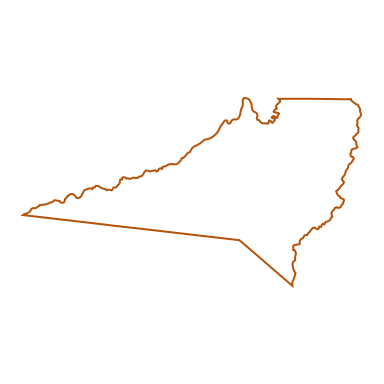 outline of Envira, Amazonas, Brazil
{"feature_id": "56859067B30113136675295", "entity_name": "Envira", "entity_type": "district", "adm_level": 2, "iso_a3": "BRA", "parent_name": "Brazil", "parent_adm1": "Amazonas", "projection": "mercator", "projection_center": [-70.098, -7.617], "detail": "fine", "context": "isolated", "style": "outline", "palette": "amber", "viewbox_px": 384, "rotation_deg": 0, "n_neighbors": 0, "source": "geoboundaries", "source_scale": "gbopen_adm2", "svg_char_len": 5465}
<svg xmlns="http://www.w3.org/2000/svg" viewBox="0 0 384 384"><path d="M292.4,285.9L292.3,283.3L292.5,281.6L293.3,280.2L294.5,276.8L295.1,274.7L295.5,272.6L294.4,271.4L293.7,269.8L293.1,268.1L292.9,266.4L292.5,264.6L292.7,262.7L293.8,261.3L295.1,260.3L295.0,258.5L295.5,255.2L296.0,253.6L295.5,251.8L294.7,250.3L293.1,249.9L293.3,248.0L293.2,246.3L294.4,245.0L296.1,244.8L299.6,244.1L299.7,241.4L300.4,239.8L301.6,238.7L303.1,238.1L304.5,235.3L307.3,235.0L308.0,233.4L309.3,232.3L310.4,230.8L312.7,228.0L314.4,227.6L317.5,229.3L318.9,228.1L319.3,226.5L321.0,226.9L321.7,225.3L322.8,223.7L324.4,224.4L324.9,222.8L326.2,221.8L327.8,221.3L329.4,220.6L330.5,219.3L331.0,217.8L332.3,216.8L331.8,215.2L331.4,213.3L332.1,211.8L333.0,210.4L334.3,209.2L334.9,207.9L336.6,207.2L338.0,208.0L339.7,207.6L341.0,206.7L341.5,204.9L342.9,203.8L343.2,202.3L344.0,200.8L343.7,199.2L340.3,197.9L339.8,196.4L338.3,195.5L337.3,194.2L336.9,193.3L336.6,192.6L336.2,191.0L337.9,190.1L338.9,188.9L339.8,187.5L340.8,186.3L343.3,183.7L344.0,182.1L342.9,180.9L341.9,179.4L342.3,177.8L344.5,175.1L345.2,173.5L345.6,171.7L346.2,170.2L347.4,168.9L348.2,166.8L348.6,165.0L349.7,163.9L351.2,163.0L352.1,161.6L352.9,160.0L353.8,158.6L353.1,157.1L351.5,156.8L350.5,155.5L350.4,153.9L351.3,152.3L351.3,150.6L352.2,149.2L353.8,148.9L356.1,148.2L357.5,147.2L356.2,144.2L356.3,142.5L355.1,140.5L353.8,139.3L353.1,137.8L354.0,136.4L355.7,135.3L356.6,133.9L357.9,133.1L358.5,131.5L358.2,129.8L358.7,128.2L357.9,126.8L356.8,125.5L357.5,124.0L357.4,122.3L357.2,120.7L357.9,119.1L359.2,117.9L360.3,116.6L361.0,115.0L360.8,113.3L360.1,111.8L360.0,109.0L359.4,107.5L357.5,104.6L355.5,103.9L351.2,100.4L351.0,99.1L345.5,99.3L339.4,99.2L320.2,98.9L308.6,98.8L278.3,98.8L279.0,99.6L279.9,100.2L280.2,101.2L279.7,102.3L279.1,102.6L278.4,103.2L277.8,103.9L277.2,104.3L276.6,105.1L276.1,106.1L275.9,106.9L276.6,107.8L276.8,108.6L276.1,109.1L275.3,109.4L274.6,110.0L274.0,110.8L273.6,111.5L273.9,112.2L274.8,112.3L275.6,112.3L276.4,112.6L277.5,113.0L278.4,113.1L278.9,113.5L278.8,114.3L278.2,114.9L277.6,115.5L277.5,116.7L277.4,117.6L276.5,117.8L275.8,117.3L275.0,116.7L274.0,116.2L272.9,116.2L272.2,116.7L271.8,117.6L272.3,118.1L273.1,118.3L273.8,118.4L274.5,118.7L275.0,119.5L274.6,120.4L273.8,121.3L273.2,122.1L272.6,122.8L271.8,122.6L271.3,121.9L270.9,121.3L270.4,120.7L269.6,120.4L269.0,120.7L268.6,121.4L268.7,122.2L268.7,123.2L267.9,123.6L267.4,123.7L266.7,123.6L266.1,123.3L263.3,123.4L261.7,123.1L260.2,121.6L259.2,120.2L257.4,119.8L256.7,118.3L257.3,116.8L257.5,114.9L256.7,113.3L255.3,112.1L253.5,111.5L252.5,110.1L251.6,106.2L251.6,104.5L251.3,103.6L250.9,102.7L250.6,102.1L250.1,101.3L249.8,100.7L249.4,100.0L248.9,99.4L248.1,98.9L247.3,98.5L246.5,98.3L245.4,98.1L244.6,98.2L243.6,98.3L243.1,99.0L242.9,99.6L242.8,100.5L242.7,101.6L242.7,102.3L242.8,103.4L242.8,104.6L242.6,106.0L242.3,106.8L242.0,107.3L241.7,108.0L241.4,108.8L241.1,109.5L240.6,111.5L240.5,112.7L240.3,113.8L240.1,114.6L239.8,115.4L239.5,116.2L239.3,116.9L238.8,117.6L238.2,118.3L237.6,118.8L237.0,119.3L236.3,119.5L235.2,119.4L234.1,119.4L232.9,119.7L231.9,120.4L231.2,121.3L230.9,122.2L230.5,122.7L229.8,123.3L229.0,123.7L228.2,123.4L227.7,122.8L227.4,122.1L227.4,121.2L226.7,120.5L225.8,120.3L225.0,120.6L224.2,121.2L223.8,121.8L223.3,122.6L222.7,123.5L222.2,124.1L221.4,125.2L220.9,125.9L220.3,126.8L219.8,127.8L218.5,130.5L218.1,131.3L217.7,132.0L217.3,132.5L216.9,133.0L216.4,133.5L215.7,134.2L215.1,134.8L214.4,135.3L213.6,136.1L212.8,136.7L212.1,137.1L211.5,137.5L210.9,137.9L210.1,138.3L208.9,138.8L207.8,139.1L206.8,139.2L206.0,139.4L205.2,139.6L204.4,139.9L203.8,140.4L203.1,141.0L202.4,141.6L201.8,142.0L201.2,142.5L200.7,142.8L200.0,143.5L198.9,144.0L198.2,144.5L197.6,144.8L197.0,145.2L196.4,145.5L195.1,146.1L194.3,146.4L192.7,147.6L191.6,148.9L189.9,152.0L188.2,152.7L187.7,153.2L186.9,154.0L185.9,155.3L183.5,157.8L181.9,158.1L180.5,161.0L179.1,162.1L178.0,163.4L176.5,164.2L174.9,164.3L173.2,164.3L171.7,163.8L170.2,164.4L168.5,164.4L165.8,166.2L164.0,166.6L162.5,167.0L162.1,168.9L160.2,168.3L158.8,169.1L158.0,170.6L156.6,171.5L155.5,170.3L153.5,170.7L151.7,171.0L149.9,171.5L148.1,170.7L146.0,170.4L144.0,172.6L143.4,174.1L142.2,175.5L140.8,176.5L139.1,176.6L137.7,177.8L135.9,178.1L134.4,177.7L132.8,177.8L129.5,179.0L128.0,178.3L126.5,178.6L125.2,177.6L123.7,177.1L122.7,177.5L122.1,177.8L122.1,179.4L120.4,179.5L119.8,181.1L119.8,182.8L118.9,184.2L117.6,185.4L116.7,186.7L115.2,187.6L113.5,187.5L112.8,188.9L111.7,190.4L110.1,189.9L108.5,189.6L107.0,190.3L105.6,189.2L103.7,188.8L102.0,188.2L100.6,187.5L99.2,186.5L97.6,185.8L95.7,186.0L94.7,187.5L92.9,187.5L92.3,189.0L90.8,188.3L87.9,188.8L85.9,189.7L84.2,190.3L82.6,193.4L81.7,194.8L81.2,196.5L78.4,198.2L76.6,197.8L74.5,195.2L73.3,194.2L71.4,194.0L69.5,194.5L68.6,195.7L67.3,196.2L66.4,197.9L65.0,199.1L64.7,200.8L63.9,202.4L62.3,202.9L60.6,202.4L59.6,201.0L54.5,200.2L53.2,201.4L51.6,202.4L50.0,202.5L48.6,203.5L46.4,203.9L44.8,204.7L43.1,204.5L41.4,205.1L39.8,205.0L38.6,206.2L37.1,207.1L35.8,208.1L34.2,208.2L32.5,208.2L31.2,209.3L30.3,210.9L29.1,212.0L26.2,213.9L24.5,213.9L23.0,215.1L47.7,217.9L59.3,219.3L60.1,219.4L67.4,220.2L84.3,222.2L85.3,222.3L89.0,222.7L97.0,223.7L99.1,223.9L100.2,224.1L101.0,224.2L102.7,224.3L104.0,224.5L108.9,225.1L112.9,225.6L121.3,226.5L123.3,226.8L142.3,228.9L143.0,229.1L143.8,229.1L181.0,233.4L201.5,235.8L214.7,237.3L239.4,240.2L240.1,240.8L253.2,252.0L292.4,285.9Z" fill="none" stroke="#b45309" stroke-width="2"/></svg>